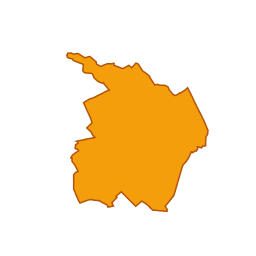 outline of Bukaišu pag., Tervetes, Latvia, rotated 248°
{"feature_id": "27541924B52538484652189", "entity_name": "Bukaišu pag.", "entity_type": "district", "adm_level": 2, "iso_a3": "LVA", "parent_name": "Latvia", "parent_adm1": "Tervetes", "projection": "mercator", "projection_center": [23.227, 56.415], "detail": "fine", "context": "isolated", "style": "filled", "palette": "amber", "viewbox_px": 256, "rotation_deg": 248, "n_neighbors": 0, "source": "geoboundaries", "source_scale": "gbopen_adm2", "svg_char_len": 5042}
<svg xmlns="http://www.w3.org/2000/svg" viewBox="0 0 256 256"><g transform="rotate(248 128 128)"><path d="M67.1,77.6L66.9,77.9L66.4,78.3L66.1,78.6L65.9,78.7L65.6,78.9L65.3,79.0L65.0,79.3L64.4,79.8L64.3,79.7L63.9,79.9L63.1,79.8L62.1,79.8L62.0,80.7L61.6,82.2L61.7,82.3L61.1,85.3L62.0,85.2L64.6,85.0L65.0,85.8L65.4,86.5L66.1,88.1L66.9,89.8L67.7,91.8L69.2,91.4L71.4,97.9L61.8,101.9L52.5,105.8L53.9,109.9L55.0,113.4L54.8,113.6L52.2,115.3L51.9,116.0L50.3,116.5L49.8,116.9L48.5,117.7L47.7,118.1L46.6,118.5L46.3,118.4L46.1,118.3L46.0,118.5L45.9,118.7L45.7,118.9L45.5,119.0L45.4,119.1L45.2,119.1L43.0,120.0L42.8,120.0L42.7,120.1L42.5,120.3L42.4,120.6L40.9,123.7L39.9,125.5L38.7,127.8L38.7,128.0L38.0,129.3L36.1,133.0L37.7,133.8L37.8,133.8L39.8,133.5L41.6,133.2L42.0,134.0L42.7,135.3L43.5,136.8L43.9,137.4L44.1,137.9L44.9,139.4L45.3,140.1L45.7,140.7L45.8,141.0L46.4,141.9L47.2,143.4L47.9,144.6L48.3,145.2L48.5,145.4L48.9,145.7L49.3,146.1L49.8,146.5L51.8,148.1L53.8,149.7L55.3,150.8L56.6,151.9L58.5,153.4L60.1,154.6L62.2,156.3L65.2,158.6L66.5,159.7L70.9,163.1L71.3,163.4L71.5,163.7L72.8,164.8L73.3,165.6L74.8,168.6L75.6,170.2L75.9,170.6L76.2,170.9L76.5,171.4L76.7,171.8L77.1,172.4L79.1,174.6L80.4,175.9L81.1,176.8L81.8,177.4L82.1,177.6L81.4,178.3L81.6,178.4L81.7,178.5L80.9,179.2L81.6,181.2L81.6,181.8L81.0,182.6L82.3,184.4L82.3,184.6L83.2,185.1L84.6,185.3L84.0,186.3L82.4,188.2L82.0,188.7L82.8,189.8L83.3,190.3L82.4,193.2L82.9,193.5L85.4,194.5L86.9,195.2L90.3,196.8L90.5,196.9L90.6,197.0L91.8,198.7L91.9,198.9L92.5,199.5L92.8,199.7L95.5,201.0L95.8,201.1L95.9,201.3L98.7,201.2L101.7,201.2L106.8,201.1L107.5,201.0L111.1,200.8L116.1,200.4L116.3,200.3L116.5,200.1L116.6,200.3L121.0,199.9L130.0,199.3L132.5,199.2L132.8,199.2L135.5,199.0L143.0,198.3L142.1,196.1L142.0,195.9L141.3,192.8L141.3,192.5L140.9,190.7L140.8,190.0L140.7,189.6L141.2,189.1L141.0,188.5L140.7,188.1L140.6,187.1L140.4,184.0L140.7,183.7L141.0,183.5L141.7,182.7L142.2,182.2L142.5,182.1L144.6,181.5L145.8,181.2L147.3,180.7L147.5,180.7L147.8,180.6L148.1,180.5L148.4,180.5L148.8,180.5L149.3,180.5L149.8,180.5L150.7,180.5L151.1,180.5L151.3,180.4L151.6,180.1L153.5,178.5L153.6,178.4L155.0,175.3L156.0,173.1L156.2,172.9L157.2,172.0L157.4,171.8L157.5,171.7L157.5,171.3L157.7,170.0L157.7,169.8L157.9,169.0L158.0,169.0L159.3,168.7L160.1,168.5L160.8,168.4L161.6,168.2L163.9,167.7L165.6,167.4L166.2,167.4L166.8,167.4L168.7,167.1L171.4,165.6L174.0,163.9L175.0,163.1L178.2,162.4L178.3,162.4L181.1,161.9L183.4,161.5L185.2,159.7L183.7,156.6L182.4,154.0L185.8,152.3L185.0,145.8L185.5,144.8L188.0,142.2L191.4,138.4L193.1,139.3L193.3,139.3L193.3,139.0L193.3,138.7L193.5,138.2L193.6,137.7L193.8,136.4L193.9,136.2L194.0,136.0L194.2,135.6L195.3,133.2L195.4,131.0L195.4,130.6L195.3,129.6L195.2,129.4L195.4,128.9L195.5,128.3L195.5,128.2L195.1,126.5L195.1,126.2L195.2,125.9L197.7,123.8L198.8,122.9L199.1,122.8L199.3,122.8L201.2,123.3L202.0,122.8L202.5,122.6L206.4,120.6L208.4,119.6L208.6,119.4L208.7,119.1L209.2,114.8L209.3,114.3L209.4,114.2L209.5,114.0L210.8,113.2L213.7,111.1L213.9,110.9L214.9,110.2L216.0,109.3L216.6,106.3L216.8,105.2L218.6,103.7L218.8,103.4L219.9,100.2L218.5,99.1L218.5,98.8L218.5,98.6L218.2,98.8L216.3,98.2L216.1,98.3L214.8,99.5L214.4,100.1L212.8,102.3L212.7,102.5L211.6,102.4L211.0,102.7L206.8,107.1L206.0,107.8L205.7,108.4L205.1,108.9L204.9,109.1L203.9,110.3L203.7,110.4L202.2,109.8L198.8,107.9L197.9,107.6L197.2,107.6L195.4,108.5L193.5,112.3L192.1,114.9L191.9,115.0L191.1,115.4L187.4,115.3L184.6,116.5L182.6,117.7L181.5,118.3L180.6,119.4L179.2,121.0L179.0,122.3L177.9,122.3L170.2,124.8L170.2,122.0L169.8,117.4L169.0,107.6L169.1,105.3L169.3,103.4L168.8,100.0L168.1,96.2L167.9,96.2L167.6,96.3L163.2,96.5L160.8,96.5L155.5,96.8L151.0,97.0L146.5,96.6L146.2,96.5L145.2,94.0L145.1,93.9L144.7,92.8L143.6,90.0L143.5,89.8L138.0,92.3L137.9,92.3L135.9,92.5L134.0,92.8L131.6,93.9L131.5,93.6L131.9,92.5L132.7,88.0L132.9,86.9L133.0,86.9L133.5,84.4L133.3,84.3L133.5,83.4L133.7,82.2L134.0,80.7L134.3,79.2L134.6,78.1L134.8,76.7L135.0,75.3L134.8,75.5L134.3,76.0L134.0,76.1L133.7,76.1L133.3,75.9L132.7,76.0L132.6,75.7L132.5,75.3L132.4,74.9L132.4,74.6L132.1,73.1L131.8,73.1L131.7,73.0L131.6,72.9L131.4,72.8L131.2,72.8L131.0,72.6L130.8,72.6L130.4,72.4L130.3,72.2L130.1,72.1L129.2,71.4L128.9,71.3L128.1,72.0L127.4,72.9L127.2,73.0L126.9,73.4L126.8,73.5L126.6,73.6L126.1,73.7L125.4,73.6L124.7,70.3L124.4,68.8L124.2,68.1L123.5,66.1L123.3,65.8L122.4,64.6L122.0,64.0L121.9,64.0L121.7,64.2L121.6,64.4L121.5,64.7L121.4,64.7L121.3,64.4L121.3,64.2L121.1,64.0L120.9,64.3L120.8,64.6L120.7,64.7L117.9,63.6L113.3,64.9L106.3,65.4L106.5,64.4L106.4,63.5L106.5,62.9L106.1,62.2L105.1,60.2L103.8,59.6L103.7,59.5L103.0,59.3L102.6,59.1L101.9,58.8L101.3,58.6L100.2,58.2L97.5,57.1L94.4,55.8L93.3,55.4L91.8,54.7L88.0,54.9L85.7,54.8L81.7,54.9L81.0,55.0L80.5,54.9L79.8,54.9L76.4,55.4L76.4,55.5L76.3,60.0L76.2,63.1L75.9,65.7L74.9,67.9L73.9,69.3L71.8,73.2L71.9,73.5L71.7,73.7L71.4,73.8L70.6,74.8L70.2,75.2L70.0,75.3L69.2,75.7L68.8,75.9L67.9,77.0L67.3,77.6L67.2,77.6L67.1,77.6Z" fill="#f59e0b" stroke="#b45309" stroke-width="1.5"/></g></svg>